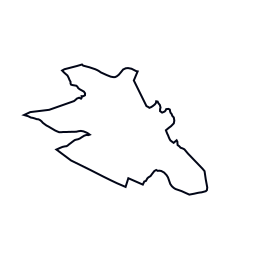 outline of Picuí, Paraíba, Brazil, rotated 117°
{"feature_id": "56859067B6156700578434", "entity_name": "Picuí", "entity_type": "district", "adm_level": 2, "iso_a3": "BRA", "parent_name": "Brazil", "parent_adm1": "Paraíba", "projection": "robinson", "projection_center": [-36.343, -6.485], "detail": "fine", "context": "isolated", "style": "outline", "palette": "ink", "viewbox_px": 256, "rotation_deg": 117, "n_neighbors": 0, "source": "geoboundaries", "source_scale": "gbopen_adm2", "svg_char_len": 2459}
<svg xmlns="http://www.w3.org/2000/svg" viewBox="0 0 256 256"><g transform="rotate(117 128 128)"><path d="M152.9,34.7L151.9,33.2L149.0,30.0L147.5,29.5L145.0,30.4L138.2,35.6L131.7,40.2L130.5,43.0L126.1,55.7L123.6,62.9L121.4,68.1L121.4,70.1L121.7,72.2L121.0,74.0L120.7,76.0L119.2,77.0L117.9,77.7L116.9,79.1L119.0,80.0L120.5,80.6L120.2,82.6L119.8,84.6L118.9,86.0L117.6,87.6L116.4,88.9L115.3,90.4L113.9,92.0L112.8,93.2L109.3,91.7L106.9,90.5L103.1,89.3L100.4,90.1L97.8,92.0L97.1,94.0L95.7,95.5L95.1,97.0L94.1,98.0L92.6,99.1L92.6,100.6L93.8,102.5L95.6,102.5L96.8,102.9L98.8,104.6L98.4,107.1L96.6,108.0L95.0,108.3L93.0,110.1L92.1,112.2L91.0,113.6L91.4,115.0L93.0,114.5L94.8,114.8L97.0,115.8L98.8,116.8L100.3,118.1L100.1,119.5L100.1,121.5L83.0,144.4L73.2,145.1L73.6,146.5L73.6,151.8L74.6,155.2L75.8,157.1L78.1,158.9L81.4,159.6L84.8,160.4L87.1,161.5L88.5,162.6L89.3,164.1L90.1,166.7L90.5,171.0L90.8,177.5L90.5,179.4L90.4,181.4L90.5,183.8L91.4,189.9L92.8,196.3L92.3,197.8L96.0,201.7L104.5,211.3L106.7,212.8L107.5,210.5L108.1,208.3L108.7,205.8L110.2,203.7L111.7,202.0L112.9,200.2L114.3,199.5L115.2,198.5L115.0,197.1L114.4,195.2L113.8,193.2L114.2,191.8L115.0,190.6L115.4,188.8L115.5,186.2L115.6,183.8L116.6,182.0L118.4,181.2L120.0,182.3L120.7,183.8L122.0,183.0L123.2,183.2L123.2,185.3L125.0,186.9L126.7,187.5L128.5,188.3L130.3,190.0L138.7,198.0L147.6,206.5L158.2,222.3L163.6,226.5L163.2,224.3L162.8,222.2L162.8,220.7L162.8,219.3L162.2,217.4L161.8,215.3L161.6,213.5L160.9,211.7L160.9,209.9L161.3,208.0L162.0,206.4L162.4,204.2L162.8,201.8L162.8,199.6L162.9,198.1L163.0,196.6L163.1,194.8L163.3,191.9L163.2,189.6L163.0,187.4L162.0,185.5L160.9,183.8L160.3,182.5L159.4,180.8L158.5,179.3L157.9,178.1L157.1,176.7L155.9,174.4L154.8,172.4L153.3,170.6L152.0,168.7L151.2,166.1L151.0,163.8L150.9,161.8L151.3,159.1L152.3,160.0L153.1,161.9L154.7,163.5L156.2,164.4L157.5,165.2L159.0,166.0L160.6,167.3L162.0,169.0L163.0,170.0L164.2,170.6L165.8,171.4L167.1,172.0L169.3,173.1L171.0,173.8L172.1,174.5L173.1,176.0L174.6,177.8L176.7,179.6L178.6,181.1L179.7,182.0L182.8,164.0L182.5,142.3L182.5,127.9L182.4,119.7L182.2,112.6L181.6,103.4L177.4,104.1L172.6,104.9L171.7,89.1L168.3,89.2L167.0,88.0L164.1,87.9L162.7,87.4L160.6,86.1L158.1,85.7L154.4,85.0L152.6,83.8L152.7,82.1L151.8,80.7L151.2,78.8L151.3,75.6L152.5,72.2L153.9,69.9L158.7,64.9L160.0,62.4L160.6,60.1L160.8,58.0L159.9,51.6L159.7,47.0L159.5,43.1L156.5,39.2L154.0,36.2L152.9,34.7Z" fill="none" stroke="#020617" stroke-width="2"/></g></svg>